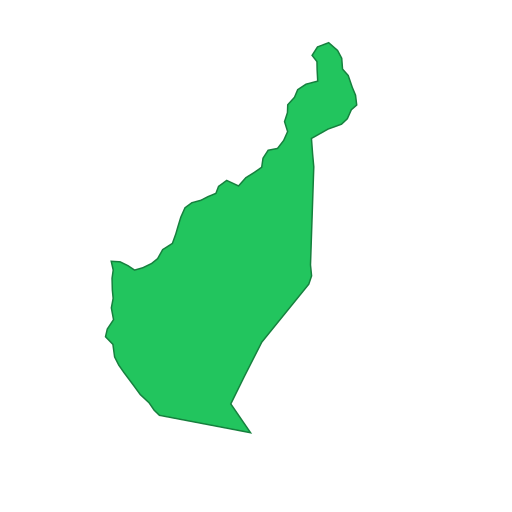 Nova Olinda, Paraíba, Brazil (orthographic projection), rotated 60°
{"feature_id": "56859067B38165704996968", "entity_name": "Nova Olinda", "entity_type": "district", "adm_level": 2, "iso_a3": "BRA", "parent_name": "Brazil", "parent_adm1": "Paraíba", "projection": "orthographic", "projection_center": [-38.038, -7.461], "detail": "fine", "context": "isolated", "style": "filled", "palette": "green", "viewbox_px": 512, "rotation_deg": 60, "n_neighbors": 0, "source": "geoboundaries", "source_scale": "gbopen_adm2", "svg_char_len": 1109}
<svg xmlns="http://www.w3.org/2000/svg" viewBox="0 0 512 512"><g transform="rotate(60 256 256)"><path d="M406.3,349.1L371.5,351.8L354.7,326.7L333.5,294.1L306.8,224.4L301.0,217.8L291.0,213.3L207.7,161.4L195.8,155.9L181.9,149.2L182.1,130.1L184.6,116.0L182.8,108.3L177.0,100.3L175.6,93.3L166.5,89.4L158.0,88.3L145.8,85.9L137.4,87.6L127.6,82.9L118.8,82.6L107.6,86.4L105.7,98.2L110.3,107.1L118.1,106.0L125.2,109.9L135.4,115.1L132.2,126.8L132.8,136.7L137.8,143.3L140.9,152.9L147.6,157.1L153.9,164.1L164.1,166.4L169.8,174.3L173.6,183.6L170.5,192.6L174.8,201.0L182.0,206.7L182.8,216.3L183.1,225.6L186.6,236.1L175.9,243.6L177.0,253.6L181.7,259.4L180.6,267.8L180.2,275.9L177.8,284.8L178.7,293.3L184.8,301.7L191.9,309.3L196.8,314.4L203.3,322.1L203.8,333.6L209.1,342.5L210.3,350.1L209.6,359.8L207.5,368.2L200.4,371.7L193.1,376.6L188.2,384.0L196.8,386.7L203.3,391.8L213.6,397.4L221.3,400.9L228.6,407.2L239.9,411.2L244.9,421.3L250.7,426.7L261.0,424.1L272.7,428.9L281.9,429.4L291.1,428.6L307.0,426.7L318.2,425.5L329.6,422.0L338.7,421.3L345.7,419.3L406.3,349.1Z" fill="#22c55e" stroke="#15803d" stroke-width="1.5"/></g></svg>